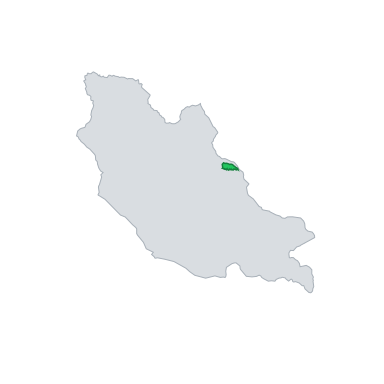 Cagaannuur, Selenge, Mongolia (highlighted), rotated 38°
{"feature_id": "93677404B10404624632937", "entity_name": "Cagaannuur", "entity_type": "district", "adm_level": 2, "iso_a3": "MNG", "parent_name": "Mongolia", "parent_adm1": "Selenge", "projection": "mercator", "projection_center": [105.5, 49.984], "detail": "fine", "context": "in_parent", "style": "filled", "palette": "green", "viewbox_px": 384, "rotation_deg": 38, "n_neighbors": 0, "source": "geoboundaries", "source_scale": "gbopen_adm2", "svg_char_len": 5243}
<svg xmlns="http://www.w3.org/2000/svg" viewBox="0 0 384 384"><g transform="rotate(38 192 192)"><path d="M36.8,162.3L38.0,162.2L39.7,160.9L39.9,159.0L40.5,158.0L44.8,157.4L46.7,158.0L47.0,156.8L47.3,156.6L48.4,157.6L49.4,157.2L50.1,156.8L50.7,155.3L52.2,155.6L54.7,154.0L54.6,151.2L55.5,150.5L57.8,150.0L58.1,148.7L58.5,148.3L60.2,148.0L63.0,146.5L64.4,146.4L65.4,145.1L67.9,143.4L71.7,142.6L72.0,141.8L75.5,139.2L79.3,139.1L80.3,136.8L80.8,136.6L83.5,139.3L84.6,138.9L85.0,137.9L86.5,137.9L87.2,139.8L88.1,140.6L99.2,141.3L99.6,142.0L100.2,146.4L102.3,148.4L102.8,149.4L105.8,149.1L107.6,150.7L110.2,150.6L111.6,151.1L114.1,149.5L114.7,149.5L115.6,150.3L116.8,149.8L119.2,151.2L121.1,151.0L122.0,151.6L123.1,151.1L125.7,151.5L127.9,153.8L129.4,153.6L131.1,152.1L131.6,151.1L134.2,150.5L135.6,149.5L136.6,148.6L138.0,145.2L138.3,141.6L137.0,141.1L135.9,139.9L135.2,138.0L135.1,136.7L133.9,134.7L134.0,133.7L134.7,131.9L135.1,129.1L135.9,127.5L137.7,126.7L137.9,125.5L139.0,123.3L141.8,122.0L143.4,119.6L144.2,117.1L145.6,118.4L149.2,120.1L152.2,120.9L154.2,122.8L159.5,123.2L168.4,127.5L170.2,127.3L175.4,129.0L175.9,129.6L175.8,132.8L176.2,133.7L176.4,137.1L177.4,138.8L177.1,140.9L177.6,141.5L178.9,141.8L181.0,143.9L185.6,145.3L187.0,146.7L190.2,147.6L191.8,147.1L194.5,147.4L195.5,147.2L197.2,145.6L198.3,145.1L204.4,143.8L206.0,142.8L207.2,142.6L211.9,143.6L215.2,145.1L220.0,145.0L222.3,146.8L223.2,148.4L225.1,149.9L231.7,150.5L232.0,150.9L231.9,154.4L232.2,154.9L236.5,158.8L238.5,159.9L244.5,159.7L253.8,162.1L256.1,161.4L258.0,162.6L258.8,162.5L264.9,159.4L265.8,159.6L272.1,158.4L276.1,156.8L279.1,156.9L281.5,155.5L282.6,152.8L286.6,149.6L293.6,145.6L297.9,146.2L300.4,147.6L303.0,150.5L304.5,151.3L307.3,151.5L311.4,149.6L313.5,150.1L315.4,150.9L316.7,152.4L310.4,167.0L310.3,167.9L308.3,170.9L308.0,175.7L305.5,177.4L305.8,180.1L306.4,181.1L309.1,183.8L310.0,183.5L310.8,182.3L312.3,181.3L315.1,181.6L317.5,181.2L320.5,182.1L323.2,184.3L327.2,179.5L330.9,178.9L334.3,179.5L336.8,182.8L340.0,184.3L340.7,186.1L342.0,186.9L342.3,187.8L346.1,191.5L346.8,193.9L347.9,195.7L347.9,197.4L347.6,198.3L346.0,199.2L340.7,198.8L337.7,197.0L336.5,198.0L332.5,197.7L330.2,198.4L328.6,199.0L327.7,200.2L327.0,200.5L326.3,200.4L325.1,199.5L324.0,199.5L323.7,199.7L323.0,202.7L319.6,202.7L318.4,202.3L315.5,203.7L315.1,204.8L313.5,206.4L312.1,209.3L312.4,210.6L312.0,211.4L309.4,212.9L307.0,215.3L302.0,216.2L299.6,216.4L297.9,215.8L296.1,216.2L294.8,218.8L291.5,222.0L286.7,225.0L278.2,223.2L277.1,222.7L275.3,220.8L270.3,220.7L268.9,222.0L267.6,223.9L265.5,230.2L267.4,233.7L269.7,236.0L270.6,237.6L270.7,239.0L269.1,239.7L266.9,241.9L261.7,244.0L255.8,251.5L245.5,255.9L239.2,256.2L234.2,255.8L220.6,257.9L211.8,261.8L205.3,265.1L203.9,266.7L203.3,266.9L202.1,266.3L198.6,266.1L198.6,263.3L190.9,264.9L184.8,261.6L175.9,259.6L174.1,258.9L171.1,255.1L169.5,254.6L165.5,254.4L154.8,252.8L149.8,254.2L127.9,251.3L119.9,252.2L119.6,251.9L119.1,249.5L115.3,245.8L114.8,244.9L114.6,243.4L111.6,235.8L109.6,234.6L109.9,231.4L107.0,231.7L103.7,230.4L100.3,228.1L98.7,226.4L96.4,226.0L93.5,222.9L92.1,222.3L85.0,221.1L81.5,221.4L77.7,220.6L73.4,220.5L72.0,219.9L70.7,219.9L68.2,218.6L66.5,218.9L64.4,214.3L64.9,211.5L65.7,209.8L67.7,207.2L67.7,206.3L66.8,203.9L68.0,199.8L67.6,197.2L66.4,194.3L64.9,193.6L62.8,189.6L62.1,186.4L61.2,184.3L59.0,183.0L58.3,181.1L57.6,180.9L57.1,181.5L55.9,181.8L54.5,180.6L53.8,179.2L53.0,178.9L51.5,178.9L50.2,179.6L48.8,179.3L47.5,178.0L44.2,176.1L44.1,174.7L43.6,173.7L42.6,173.4L41.6,172.4L38.4,171.2L38.4,170.5L39.2,169.0L37.0,167.7L36.1,166.4L37.4,164.7L36.8,163.5L36.8,162.3Z" fill="#d9dde1" stroke="#a8b0b8" stroke-width="1"/><path d="M202.4,154.2L202.5,154.2L202.8,154.2L203.0,154.1L203.0,153.9L203.0,153.7L203.3,153.6L203.5,153.5L203.8,153.5L204.0,153.6L204.3,153.4L204.5,153.4L204.5,153.5L204.8,153.3L204.9,153.2L205.0,153.2L205.1,152.9L205.1,152.7L205.3,152.5L205.3,152.4L205.5,152.5L205.5,152.4L205.6,152.5L205.6,152.4L205.8,152.4L206.0,152.3L206.1,152.2L206.3,152.2L206.5,152.1L206.6,152.3L206.8,152.3L206.8,152.2L207.0,152.2L207.3,152.2L207.4,151.9L207.5,151.9L207.6,151.7L207.6,151.4L207.5,151.2L207.6,150.9L207.8,150.9L208.0,150.9L208.0,151.0L208.1,150.9L208.3,150.8L208.2,150.7L208.3,150.7L208.5,150.5L208.6,150.4L208.8,150.3L208.8,150.2L208.9,150.3L209.0,150.3L209.0,150.2L209.3,150.2L209.5,150.1L209.7,149.9L209.8,149.8L210.0,149.8L210.1,149.7L210.3,149.6L210.5,149.5L210.5,149.4L210.8,149.3L210.8,149.2L211.0,149.1L211.0,148.9L210.9,148.7L211.0,148.7L211.0,148.4L211.0,148.2L211.3,148.1L211.3,147.9L211.5,147.8L211.6,147.7L211.8,147.6L212.1,147.5L212.3,147.5L212.5,147.5L212.8,147.5L212.9,147.4L213.0,147.4L213.2,147.2L213.3,147.2L213.4,146.9L213.5,146.9L213.5,146.7L213.8,146.5L213.9,146.4L214.0,146.4L214.1,146.2L214.3,146.0L214.5,146.0L213.6,145.4L212.1,145.4L211.8,145.8L211.0,145.7L209.9,145.5L209.1,145.7L207.5,145.5L207.0,145.5L205.5,146.1L205.4,146.2L204.9,147.1L204.0,147.2L202.2,147.8L201.6,148.1L201.2,148.4L200.7,149.0L200.2,149.1L200.1,149.3L198.9,149.6L198.9,150.4L198.8,151.6L200.4,153.1L201.1,153.7L201.3,154.3L201.3,154.6L201.5,154.5L201.5,154.4L201.8,154.3L201.9,154.2L202.0,154.2L202.2,154.3L202.3,154.3L202.4,154.2Z" fill="#22c55e" stroke="#15803d" stroke-width="1.5"/></g></svg>